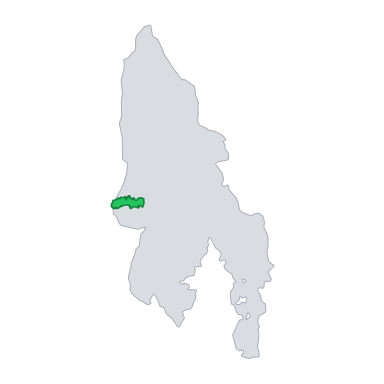 Sokuluk, Chuy, Kyrgyzstan (highlighted), rotated 269°
{"feature_id": "92254566B29732535637196", "entity_name": "Sokuluk", "entity_type": "district", "adm_level": 2, "iso_a3": "KGZ", "parent_name": "Kyrgyzstan", "parent_adm1": "Chuy", "projection": "albers", "projection_center": [74.357, 42.835], "detail": "fine", "context": "in_parent", "style": "filled", "palette": "green", "viewbox_px": 384, "rotation_deg": 269, "n_neighbors": 0, "source": "geoboundaries", "source_scale": "gbopen_adm2", "svg_char_len": 6780}
<svg xmlns="http://www.w3.org/2000/svg" viewBox="0 0 384 384"><g transform="rotate(269 192 192)"><path d="M78.8,230.0L79.8,229.4L83.0,228.9L89.5,228.5L91.7,229.1L96.1,231.9L99.4,231.7L100.1,232.1L101.3,234.3L106.1,231.2L109.5,230.3L111.4,227.0L115.1,223.2L118.2,222.6L118.3,223.3L118.9,223.9L122.0,224.9L123.0,223.9L123.6,222.4L122.5,220.1L122.5,219.2L123.6,217.8L128.6,220.1L129.7,220.0L132.0,218.9L134.2,216.8L135.0,215.1L145.5,209.8L146.2,208.8L146.1,208.1L141.7,206.8L139.8,207.5L138.0,207.4L136.9,206.6L131.6,206.2L130.5,205.6L127.1,201.6L122.8,199.0L120.7,199.1L118.2,200.1L117.4,199.6L117.3,195.9L116.9,193.6L115.4,193.1L113.5,193.9L108.3,192.5L107.8,187.8L105.9,183.7L103.2,181.9L103.2,179.4L102.2,178.4L101.4,178.6L100.3,179.9L100.7,182.6L100.2,185.3L99.5,186.7L98.3,187.7L96.9,187.6L94.6,186.2L93.9,194.4L93.4,194.9L90.6,193.7L88.3,194.1L84.9,193.4L82.4,192.0L77.4,190.2L75.1,188.6L73.9,183.0L72.6,181.0L71.3,180.5L66.0,182.2L60.7,178.5L58.0,177.7L57.3,176.6L57.5,175.3L66.1,169.6L69.5,165.4L71.6,163.7L76.9,162.1L78.2,158.2L78.7,157.8L84.0,156.1L90.0,152.9L90.1,152.0L89.6,151.1L84.4,147.8L81.7,149.1L80.2,147.2L80.3,145.4L82.2,142.2L83.7,140.7L84.4,137.6L86.6,135.7L88.9,132.5L91.7,129.9L96.6,128.1L99.3,128.9L101.9,128.5L105.9,127.0L108.4,126.9L118.5,129.7L121.9,129.9L129.7,133.3L135.9,135.0L138.9,138.2L148.8,139.7L151.5,140.7L152.5,142.2L155.3,144.1L157.7,144.6L155.7,137.1L156.6,132.7L159.8,120.7L161.5,118.9L169.6,115.5L171.5,113.0L177.2,113.0L178.4,112.6L179.1,111.2L197.0,121.7L203.8,124.6L213.3,127.3L221.3,128.1L222.6,127.4L225.7,123.2L227.2,123.0L247.0,123.3L261.0,120.7L263.1,120.8L268.4,122.9L285.1,123.0L291.7,124.3L302.1,123.2L306.5,123.3L314.6,125.9L317.4,126.4L322.6,126.5L324.5,125.9L325.7,126.5L327.0,130.2L332.2,134.7L334.1,137.2L336.0,138.1L345.4,138.3L348.9,139.1L358.1,147.5L359.6,152.6L358.8,153.8L349.6,155.1L347.6,156.0L345.7,160.1L333.6,165.6L331.8,165.6L315.7,175.5L304.6,183.6L304.3,187.3L297.9,195.9L292.9,197.1L288.6,197.1L281.6,199.9L272.5,199.4L269.4,199.6L263.4,198.7L261.0,199.3L258.5,201.1L255.2,207.8L253.8,209.4L253.2,210.9L252.8,214.2L251.5,217.6L248.6,222.8L246.1,225.3L243.8,226.9L241.8,223.8L238.8,226.0L235.8,225.6L234.1,226.3L230.1,229.1L224.1,229.1L223.4,228.2L222.1,220.7L221.0,217.1L220.1,216.3L219.1,216.2L210.6,222.3L206.6,223.4L203.3,223.6L199.1,221.8L198.1,222.3L197.4,223.3L197.1,224.5L198.4,227.8L198.0,228.5L196.1,228.5L193.4,229.2L185.1,236.2L179.9,238.1L175.1,238.8L172.2,240.0L170.5,242.6L167.3,249.8L167.4,251.3L168.7,253.2L169.7,257.6L169.4,258.7L166.8,262.3L163.5,263.3L160.8,263.9L155.8,263.3L153.2,264.0L148.4,266.7L144.5,267.2L137.1,267.1L129.9,265.9L127.5,266.2L121.0,267.7L118.7,270.2L117.5,272.5L116.9,272.8L114.4,270.6L111.2,266.9L109.6,266.9L103.7,269.7L102.9,269.6L101.2,268.4L101.6,263.7L99.8,262.7L95.8,262.3L94.5,261.2L95.1,258.2L94.7,257.1L93.7,256.2L91.6,256.3L87.4,258.7L82.6,259.4L80.9,260.2L78.9,263.4L72.5,263.8L70.4,263.0L66.8,256.7L63.5,255.6L60.1,255.7L55.5,257.1L54.4,255.7L53.3,255.3L52.1,256.3L46.5,256.2L40.8,255.7L37.6,254.8L35.5,254.7L31.1,256.2L26.0,256.2L25.8,250.5L24.4,246.5L26.3,240.3L27.3,238.4L31.1,240.9L32.5,240.6L32.9,239.4L32.5,236.6L34.5,233.6L48.2,230.1L62.8,237.0L64.6,241.1L65.9,241.0L68.1,239.3L68.9,235.9L71.8,234.1L78.3,232.1L78.8,230.0ZM85.9,244.3L86.2,243.7L85.2,240.7L86.8,238.0L83.8,237.5L82.3,236.6L80.7,233.7L80.1,233.6L79.2,234.3L78.6,236.1L79.0,238.1L81.1,240.1L79.9,243.9L84.3,244.6L85.9,244.3ZM70.2,246.3L70.1,245.5L69.1,245.1L63.5,243.7L63.7,244.5L65.7,247.5L67.3,247.8L70.2,246.3ZM103.7,242.6L104.1,240.7L100.7,241.7L100.3,242.6L101.4,243.8L102.8,244.3L103.7,242.6Z" fill="#d9dde1" stroke="#a8b0b8" stroke-width="1"/><path d="M182.3,143.8L183.2,143.9L183.7,143.8L184.5,143.5L185.0,143.4L185.5,143.6L185.8,143.8L186.5,142.7L186.8,142.1L186.9,141.6L187.1,141.1L187.1,140.5L187.1,139.9L186.8,139.0L186.6,138.5L186.7,138.1L186.6,137.8L186.2,137.7L186.0,137.4L185.7,137.3L185.2,137.2L185.0,136.7L184.8,136.5L184.6,136.2L184.5,135.9L184.5,135.7L184.9,135.4L184.9,135.1L184.9,134.8L185.1,134.6L185.4,134.7L185.5,134.7L185.9,134.6L186.1,134.3L186.3,134.2L186.5,134.3L186.8,134.3L187.0,134.1L187.0,133.8L187.0,133.6L186.8,133.4L186.3,133.1L185.7,132.8L185.5,132.7L185.5,132.4L185.7,132.2L186.2,132.3L186.3,132.4L186.5,132.4L186.8,132.2L186.9,131.8L186.7,131.6L186.4,131.4L186.3,131.1L186.4,130.9L186.6,130.6L186.8,130.4L187.5,130.1L187.9,130.0L188.1,130.0L188.6,130.0L188.9,129.7L189.2,129.6L189.3,129.6L189.3,129.4L189.3,129.2L189.1,129.0L188.8,129.0L188.8,128.8L189.0,128.9L189.3,128.7L189.2,128.4L189.1,128.2L188.8,128.2L188.8,128.7L188.5,128.8L188.4,129.0L188.2,128.9L188.2,128.5L188.3,128.5L188.4,128.8L188.6,128.4L188.7,128.1L188.8,128.1L188.8,127.6L188.5,127.6L188.5,127.4L188.4,127.6L188.3,127.8L188.2,127.8L187.8,128.1L187.5,128.1L187.5,127.7L187.6,127.2L187.6,126.9L187.4,126.8L187.4,126.5L186.6,126.6L186.5,126.2L185.6,126.3L185.5,125.7L186.6,125.5L186.8,125.5L187.0,125.7L187.3,125.7L187.5,125.8L187.6,125.5L188.0,125.5L187.9,124.6L188.0,124.6L188.4,125.1L188.5,125.1L188.5,124.8L187.6,123.7L187.6,123.2L187.8,121.9L187.9,121.6L187.9,121.4L187.9,120.8L187.8,120.4L187.8,120.2L187.7,120.1L187.2,120.2L186.8,120.2L186.6,120.1L186.5,119.9L186.5,119.7L186.7,119.4L186.8,119.0L186.9,118.8L187.1,118.2L187.2,117.7L186.9,117.4L186.3,117.4L186.1,117.2L185.8,116.1L185.7,115.8L185.3,115.4L185.3,115.2L185.0,113.0L184.2,112.6L183.8,112.9L183.2,112.7L182.7,112.2L182.0,112.3L181.6,111.2L178.8,111.2L177.8,112.0L178.2,112.8L178.1,113.1L176.8,113.1L176.9,113.5L176.9,113.9L177.0,114.5L177.2,115.2L177.2,115.4L177.4,115.5L177.6,115.5L177.7,115.8L177.4,115.9L177.1,116.0L176.9,116.1L176.7,116.1L176.7,116.3L176.7,116.6L176.8,116.7L177.1,116.7L177.4,116.7L177.6,116.7L177.6,116.8L177.6,117.0L177.5,117.3L177.4,117.5L177.2,117.7L177.1,118.0L177.3,118.3L177.5,118.6L177.8,119.4L178.5,119.9L179.2,120.5L179.3,120.7L179.4,120.9L179.3,121.1L178.7,121.5L178.8,121.7L179.2,122.0L179.4,122.5L179.5,123.0L180.0,124.4L180.1,125.0L180.2,125.4L180.3,126.6L180.1,127.3L179.8,127.7L179.7,128.3L179.7,129.1L179.1,129.2L178.5,129.2L178.3,129.3L178.4,129.6L178.7,129.7L178.8,129.8L178.2,129.9L177.8,129.8L177.3,129.7L176.9,129.8L176.6,130.1L176.6,130.5L176.8,130.9L177.0,131.4L177.2,131.8L177.4,132.2L177.9,132.7L178.2,133.0L178.3,133.4L178.2,133.8L178.0,134.5L178.0,135.1L177.9,135.9L177.8,136.2L177.7,136.3L177.5,136.8L177.3,137.2L177.1,137.7L177.0,138.0L177.3,138.6L178.3,139.1L178.7,139.1L178.8,138.9L178.6,138.3L178.6,137.9L178.9,137.6L179.2,137.7L179.4,137.9L179.3,138.2L179.3,138.5L179.2,139.0L179.3,139.5L179.3,139.8L179.2,140.1L178.8,140.5L178.6,140.9L178.4,141.2L178.3,141.4L178.1,141.7L178.0,141.9L177.8,142.2L178.3,142.8L179.2,142.9L179.7,143.1L180.1,143.3L180.5,143.5L181.1,143.6L181.8,143.7L182.3,143.8Z" fill="#22c55e" stroke="#15803d" stroke-width="1.5"/></g></svg>